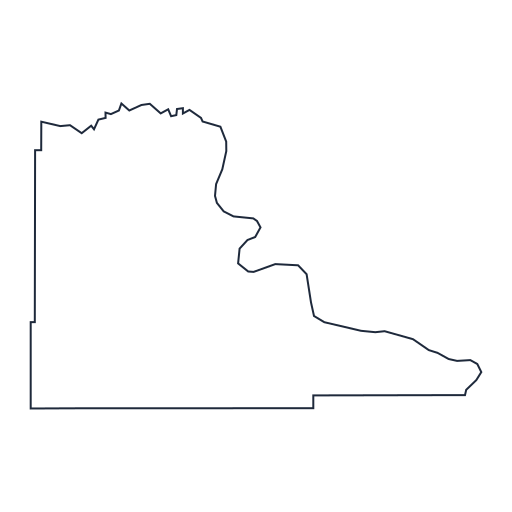 Stanley, South Dakota, United States of America (Mercator projection)
{"feature_id": "52423323B54523743279075", "entity_name": "Stanley", "entity_type": "district", "adm_level": 2, "iso_a3": "USA", "parent_name": "United States of America", "parent_adm1": "South Dakota", "projection": "mercator", "projection_center": [-100.59, 44.476], "detail": "fine", "context": "isolated", "style": "outline", "palette": "slate", "viewbox_px": 512, "rotation_deg": 0, "n_neighbors": 0, "source": "geoboundaries", "source_scale": "gbopen_adm2", "svg_char_len": 978}
<svg xmlns="http://www.w3.org/2000/svg" viewBox="0 0 512 512"><path d="M465.0,395.1L466.2,389.8L476.3,380.1L481.3,372.1L477.3,364.0L470.3,360.1L457.1,360.9L448.6,359.0L437.6,352.9L428.8,350.1L413.0,339.2L384.6,331.2L375.3,332.2L361.0,330.8L324.3,322.2L314.0,316.0L311.0,302.4L306.6,274.2L298.1,265.3L275.3,264.1L253.6,271.9L248.2,271.5L238.1,263.4L239.6,248.6L247.5,240.0L255.2,237.0L260.5,227.4L257.0,221.0L253.3,218.4L233.5,216.4L223.7,211.4L216.9,202.9L215.0,195.9L216.1,184.1L222.3,169.3L226.3,151.1L226.2,141.6L220.4,126.7L202.6,121.5L201.0,117.9L189.5,109.9L182.9,113.5L182.9,108.2L177.0,109.0L176.3,115.1L171.1,116.2L168.2,109.3L160.7,113.4L149.8,103.8L141.4,105.0L129.3,110.5L121.4,103.5L118.9,110.5L110.9,114.1L105.5,112.6L105.6,117.9L98.4,119.6L94.0,129.3L91.2,125.7L81.7,133.2L70.0,125.2L60.3,126.1L41.3,121.7L41.2,150.2L35.1,150.2L34.8,322.1L30.7,322.1L30.7,408.5L73.1,408.3L313.3,408.2L313.3,395.4L465.0,395.1Z" fill="none" stroke="#1e293b" stroke-width="2"/></svg>